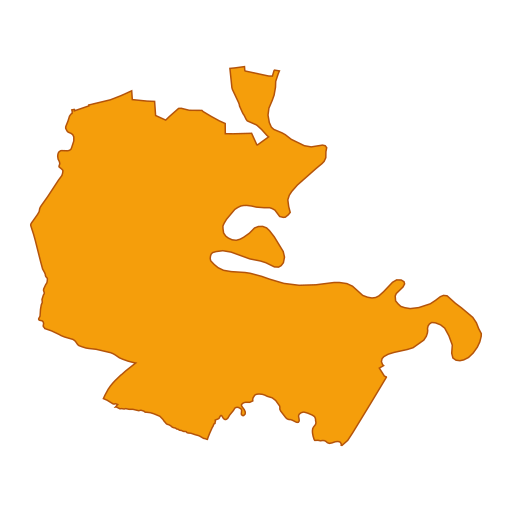 outline of Tutora, Iasi, Romania
{"feature_id": "2599482B32666452870869", "entity_name": "Tutora", "entity_type": "district", "adm_level": 2, "iso_a3": "ROU", "parent_name": "Romania", "parent_adm1": "Iasi", "projection": "equal_earth", "projection_center": [27.782, 47.144], "detail": "fine", "context": "isolated", "style": "filled", "palette": "amber", "viewbox_px": 512, "rotation_deg": 0, "n_neighbors": 0, "source": "geoboundaries", "source_scale": "gbopen_adm2", "svg_char_len": 6007}
<svg xmlns="http://www.w3.org/2000/svg" viewBox="0 0 512 512"><path d="M71.8,109.9L72.2,111.4L72.1,113.3L70.9,114.2L69.5,116.2L68.0,121.0L66.0,126.0L65.7,127.0L65.7,128.4L67.0,130.9L67.6,131.7L68.5,132.3L70.9,133.3L72.7,134.6L73.8,136.9L73.8,140.7L73.6,141.6L71.7,147.4L71.2,148.7L70.7,149.5L69.3,150.4L67.6,150.8L61.4,150.6L60.5,150.8L59.5,151.5L58.7,152.2L58.2,153.3L57.9,154.4L57.7,156.3L58.1,159.1L59.4,161.7L59.8,163.8L59.1,165.8L59.0,166.8L61.8,169.2L62.8,170.3L62.9,171.1L62.6,173.2L61.9,175.5L58.5,180.1L47.7,196.6L41.3,205.6L40.3,207.2L39.7,208.6L39.2,211.5L38.5,212.8L37.3,214.8L31.6,222.8L30.9,224.0L30.7,224.9L30.8,225.7L33.6,234.4L35.3,240.5L40.5,261.2L42.6,269.0L44.5,272.4L45.2,274.0L45.5,275.8L45.9,276.7L47.3,278.3L47.4,279.0L47.2,281.4L46.8,283.0L45.7,284.6L43.7,288.9L43.5,290.3L44.3,292.8L44.2,293.7L43.4,295.0L42.0,299.4L42.3,302.4L41.3,304.8L40.5,309.3L40.1,315.4L39.9,316.5L38.7,318.6L38.7,319.5L39.3,320.2L42.3,320.9L43.1,321.7L43.6,323.4L43.2,325.9L43.4,326.7L44.5,327.8L44.7,328.5L51.6,330.9L59.2,334.5L61.1,335.6L64.6,337.0L72.9,339.4L74.4,340.4L75.4,341.3L77.7,344.6L78.9,345.6L82.1,346.8L85.9,348.0L89.0,348.5L96.2,349.3L110.7,352.7L113.1,353.7L115.2,354.9L119.4,357.8L122.6,359.2L128.2,361.2L132.9,362.4L135.7,363.0L125.7,370.9L121.7,374.5L120.8,375.1L115.1,380.6L112.8,383.1L110.5,385.9L108.2,389.2L105.0,395.1L103.4,398.6L107.1,400.2L112.9,403.8L114.0,404.1L115.5,403.7L117.7,404.5L115.5,407.0L116.2,406.9L119.9,408.8L121.6,408.6L124.2,409.0L125.7,408.6L129.1,409.3L132.9,409.3L138.7,410.7L140.9,410.2L143.8,411.1L145.2,412.2L146.3,412.2L150.4,412.7L153.9,413.8L159.9,416.3L163.0,419.5L164.4,421.6L165.0,422.1L166.1,423.5L167.0,424.2L169.2,424.9L170.7,425.8L172.3,427.2L173.7,427.7L175.6,428.1L176.6,429.0L178.0,429.2L179.5,430.2L181.5,430.5L183.4,431.4L186.1,431.6L187.1,432.7L188.3,433.0L190.8,433.2L195.2,434.7L198.2,435.5L199.5,436.0L203.6,438.4L205.3,438.7L206.8,439.3L207.4,439.4L208.0,437.5L209.7,433.2L212.2,427.6L213.1,426.1L213.6,424.7L214.1,423.8L214.9,423.5L215.1,423.1L215.0,422.6L215.4,421.5L215.2,420.5L215.2,420.1L218.6,418.7L219.2,418.1L220.0,416.4L220.9,415.5L221.3,415.5L222.0,416.1L223.1,418.0L224.0,419.0L225.0,419.5L225.8,419.5L226.6,419.2L227.8,418.2L229.7,415.0L233.4,410.5L234.8,408.2L235.5,407.7L236.3,407.4L237.9,407.3L239.6,408.0L240.9,408.9L241.3,409.4L241.6,410.3L241.3,413.9L241.5,414.7L242.5,415.5L243.1,415.7L243.7,415.5L245.1,414.1L245.3,412.9L245.2,411.8L244.3,409.7L241.8,406.3L241.5,405.4L241.5,404.7L241.9,404.1L243.2,403.0L244.2,402.6L245.5,402.3L249.8,402.3L252.8,400.9L252.7,399.2L253.1,397.8L254.6,395.4L255.3,394.8L256.5,394.3L257.7,394.1L259.2,394.0L262.3,394.3L264.8,395.1L267.2,396.3L272.2,397.8L275.7,400.5L279.7,406.1L279.9,407.8L279.8,409.1L280.7,411.1L285.7,417.6L286.9,418.7L288.1,419.3L289.3,419.6L290.6,419.6L292.3,420.2L296.3,422.2L297.3,422.4L298.4,422.2L299.2,420.9L299.1,419.2L298.6,416.5L298.6,415.7L298.9,414.8L299.4,414.0L301.0,412.8L303.2,412.1L304.5,412.2L307.9,413.2L312.3,415.1L314.1,416.3L314.9,417.2L315.6,419.2L315.5,420.0L315.9,422.3L315.9,423.1L315.5,424.5L313.5,427.1L312.7,428.6L312.4,430.9L312.5,433.0L313.1,436.2L314.1,439.4L314.7,440.4L318.0,440.3L320.5,440.8L322.4,440.5L324.3,440.6L325.8,441.3L327.4,442.7L329.4,443.4L332.0,442.9L335.1,441.8L337.4,441.5L338.4,441.6L339.5,441.8L340.3,442.3L341.2,443.8L341.2,445.3L342.0,445.4L347.7,440.4L352.6,432.9L370.9,403.0L386.4,377.2L386.3,376.9L384.4,376.1L379.3,368.1L383.6,365.6L382.5,364.5L381.4,361.6L382.1,358.6L383.9,356.6L388.2,354.2L394.1,352.4L407.3,349.5L413.1,347.7L423.8,340.1L426.3,336.3L427.4,333.0L427.7,330.6L427.5,328.3L428.1,325.9L429.5,323.9L431.7,322.5L435.3,322.8L440.5,324.8L444.7,328.1L448.9,335.8L452.3,345.1L451.7,353.2L452.9,358.0L456.0,360.2L459.9,360.7L463.7,359.9L468.5,357.5L473.1,353.1L477.3,347.2L479.8,341.9L481.2,336.3L481.3,333.6L478.7,328.7L476.4,322.8L472.8,317.4L461.4,307.8L455.4,303.3L447.1,295.8L443.5,295.4L440.3,296.7L435.6,300.3L430.3,303.8L418.7,307.6L410.2,308.6L404.8,307.7L400.8,306.4L398.2,304.0L395.6,300.9L395.2,296.0L396.3,293.5L403.0,287.0L404.6,283.9L404.0,281.7L401.2,280.0L396.6,279.9L392.5,282.3L383.6,291.7L378.9,295.9L375.7,297.5L372.0,298.0L367.5,297.2L362.7,295.4L352.5,286.2L346.9,283.6L339.5,282.5L334.0,282.5L315.8,284.8L299.1,285.3L283.9,283.4L269.4,279.1L261.8,276.4L250.3,273.3L245.1,272.5L231.2,271.6L223.5,270.3L218.1,267.7L214.2,264.5L210.7,260.8L210.2,258.4L210.5,256.1L211.1,254.2L212.6,252.6L216.0,251.6L222.8,250.7L231.1,252.1L249.8,258.9L260.5,261.0L265.8,262.7L274.4,266.9L278.6,267.1L281.2,265.6L283.4,262.7L284.5,257.1L283.2,251.5L274.3,236.9L269.5,230.7L266.6,227.9L262.7,226.4L258.4,226.5L254.5,228.0L249.5,233.1L243.6,237.3L240.1,239.2L236.2,240.3L232.1,239.8L228.4,238.1L225.8,236.2L223.6,233.0L223.0,228.7L222.9,226.0L224.1,223.3L226.5,219.3L234.8,209.4L237.9,207.4L240.8,206.0L243.4,205.5L246.7,205.4L251.5,206.0L256.3,207.1L264.0,207.7L269.7,207.7L272.2,208.6L274.9,210.1L279.7,216.5L283.3,217.4L285.3,217.2L288.3,214.8L290.2,212.4L288.7,206.6L287.8,199.8L289.3,195.2L291.7,191.5L297.4,185.0L316.2,168.4L322.0,163.6L324.1,161.4L325.8,157.7L325.9,151.7L326.7,147.7L325.2,145.7L322.5,145.1L311.2,146.9L304.3,145.7L291.2,139.3L285.3,134.7L282.1,132.9L273.8,129.4L271.3,127.1L269.3,122.5L268.0,115.1L268.9,108.2L272.3,100.2L274.1,95.1L275.5,87.2L275.7,81.4L278.2,73.8L279.4,70.9L274.5,70.1L274.1,70.5L272.4,76.1L270.2,76.1L268.5,76.0L245.2,71.0L244.8,70.5L244.5,66.6L235.0,67.9L229.9,68.4L231.9,87.6L232.4,89.4L238.6,102.6L239.3,104.5L239.5,106.0L242.3,112.2L243.1,113.8L244.2,115.4L246.1,119.3L247.2,120.8L248.2,121.3L256.0,124.7L257.1,125.4L261.6,129.5L266.8,135.3L268.6,136.9L257.5,144.9L257.0,144.9L256.7,144.5L251.6,133.3L233.3,133.8L225.3,133.7L225.2,123.5L219.4,120.9L211.0,116.3L203.0,111.5L201.9,110.4L189.3,110.3L181.3,108.3L178.6,108.4L169.3,116.6L165.7,120.1L155.6,115.5L154.6,101.4L147.1,101.1L132.3,99.6L131.7,90.8L120.9,95.7L110.4,99.8L88.7,105.0L88.8,105.9L74.5,110.8L74.6,109.8L74.3,109.4L71.8,109.9Z" fill="#f59e0b" stroke="#b45309" stroke-width="1.5"/></svg>